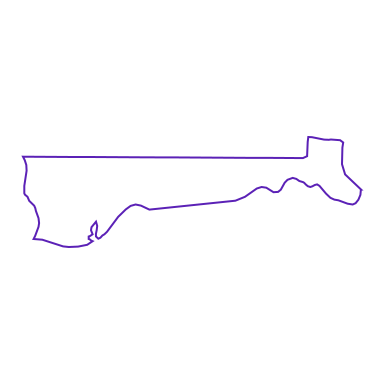 an SVG outline of North Bank
{"feature_id": "GMB-5513", "entity_name": "North Bank", "entity_type": "Division", "adm_level": 1, "iso_a3": "GMB", "parent_name": "Gambia", "parent_adm1": "", "projection": "equal_earth", "projection_center": [-15.943, 13.489], "detail": "fine", "context": "isolated", "style": "outline", "palette": "violet", "viewbox_px": 384, "rotation_deg": 0, "n_neighbors": 0, "source": "natural_earth", "source_scale": "10m", "svg_char_len": 1418}
<svg xmlns="http://www.w3.org/2000/svg" viewBox="0 0 384 384"><path d="M302.9,158.1L307.1,156.2L307.7,141.9L308.3,137.0L312.0,137.2L324.1,139.6L328.8,139.8L330.9,139.5L340.1,140.2L343.2,142.5L342.4,147.6L342.0,164.2L345.1,174.4L361.0,189.5L360.9,189.5L360.4,194.9L358.4,199.7L355.6,203.2L352.7,204.5L347.6,203.7L338.4,200.3L334.3,199.6L330.4,197.8L326.0,193.6L319.5,185.9L317.1,184.4L314.8,185.0L312.4,186.3L310.3,187.0L307.8,186.2L305.8,184.5L304.2,182.8L303.0,182.1L299.3,181.0L296.3,178.9L292.7,177.9L287.5,179.8L284.7,182.7L280.8,189.7L278.1,191.9L273.5,192.2L266.3,187.7L261.6,187.0L256.8,188.5L245.0,196.8L235.4,200.7L149.4,209.6L140.9,205.6L135.6,204.5L130.6,205.9L125.8,209.4L118.2,216.8L107.0,231.8L104.4,234.3L102.4,235.5L100.4,237.7L98.3,238.7L96.0,236.5L95.9,233.9L96.7,230.1L97.2,225.9L96.0,221.7L91.5,227.2L91.0,230.2L92.6,234.3L89.9,236.1L88.7,236.5L88.7,239.0L90.0,239.5L91.2,240.6L92.6,241.2L87.2,244.8L78.1,246.6L68.8,247.0L63.1,246.4L42.3,239.7L33.6,239.0L35.2,235.8L38.5,226.9L39.1,223.1L38.5,218.1L35.9,210.9L35.3,208.2L34.2,205.7L29.2,200.8L27.5,196.8L24.9,194.6L24.3,193.3L24.3,185.9L26.6,170.7L26.3,165.0L24.8,160.3L23.0,156.7L39.8,156.8L56.5,156.9L73.2,157.0L89.8,157.0L106.5,157.1L123.2,157.2L139.8,157.3L150.7,157.3L156.5,157.4L173.1,157.4L189.8,157.5L206.5,157.6L223.1,157.7L239.8,157.8L256.4,157.9L273.1,157.9L289.8,158.0L302.9,158.1Z" fill="none" stroke="#5b21b6" stroke-width="2"/></svg>